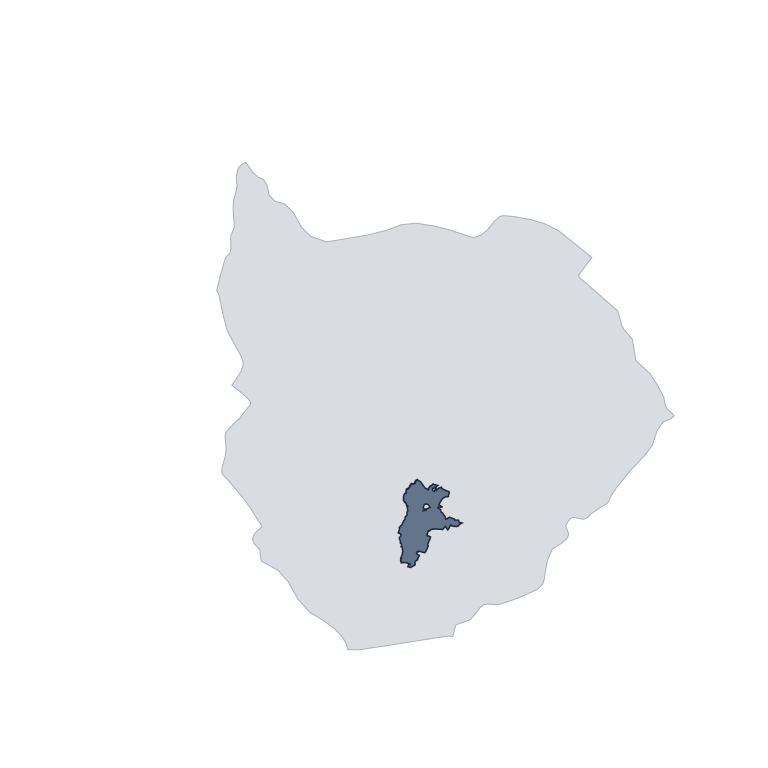 Masvingo, Masvingo, Zimbabwe shown in context, rotated 39°
{"feature_id": "62879985B11590561680965", "entity_name": "Masvingo", "entity_type": "district", "adm_level": 2, "iso_a3": "ZWE", "parent_name": "Zimbabwe", "parent_adm1": "Masvingo", "projection": "mercator", "projection_center": [30.887, -20.31], "detail": "fine", "context": "in_parent", "style": "filled", "palette": "slate", "viewbox_px": 768, "rotation_deg": 39, "n_neighbors": 0, "source": "geoboundaries", "source_scale": "gbopen_adm2", "svg_char_len": 7937}
<svg xmlns="http://www.w3.org/2000/svg" viewBox="0 0 768 768"><g transform="rotate(39 384 384)"><path d="M523.2,613.1L517.4,609.2L509.4,606.6L499.3,605.4L486.2,605.9L470.1,608.1L452.9,605.5L434.4,598.1L419.1,595.4L400.8,598.7L400.0,598.7L396.8,596.2L391.8,590.8L383.5,589.9L381.2,588.6L379.3,586.6L378.1,584.0L377.6,581.2L379.0,572.3L378.2,571.3L376.0,570.2L371.4,569.2L360.5,565.2L346.6,561.3L324.2,557.0L315.5,555.9L313.5,554.6L310.9,551.3L306.6,541.1L302.6,534.4L292.9,524.1L291.4,520.9L291.9,512.7L292.6,506.1L293.6,500.5L293.1,495.2L293.0,488.7L293.3,484.3L292.0,482.4L288.5,481.1L278.5,480.5L266.5,480.8L266.1,474.2L264.9,463.9L262.7,458.0L259.9,455.0L254.4,451.8L243.2,447.4L227.9,440.8L214.8,431.0L199.9,418.8L195.2,416.7L189.7,405.2L181.3,385.7L181.8,379.2L180.6,376.0L172.4,366.4L170.6,361.4L169.1,356.4L156.1,342.4L151.7,336.3L148.4,328.4L145.0,322.2L142.2,319.6L138.5,315.4L135.9,310.5L134.7,306.9L135.7,302.0L137.0,298.7L149.3,302.2L156.1,302.5L161.4,300.8L167.9,303.0L175.7,309.4L184.2,310.6L193.4,306.6L205.8,307.8L221.4,314.1L234.4,315.4L249.8,309.8L263.6,294.3L276.5,279.8L289.3,263.0L297.0,249.5L308.2,238.5L323.0,230.0L338.2,222.9L361.3,214.1L365.9,206.9L367.4,199.0L367.4,188.1L368.6,181.0L371.0,177.8L374.9,175.3L379.8,172.0L395.1,163.7L407.8,158.4L423.3,155.0L440.3,154.9L456.7,154.9L466.0,154.9L466.2,165.4L466.9,177.2L468.7,178.3L481.0,178.6L500.8,179.4L519.9,180.2L532.0,188.8L536.1,190.6L548.8,192.9L564.9,207.2L584.4,208.6L597.7,213.0L609.5,218.0L616.3,223.9L620.7,225.2L626.6,225.6L629.5,226.2L628.9,230.4L624.9,237.6L625.4,248.0L630.9,262.3L631.6,274.8L629.9,296.8L630.0,318.2L630.6,325.8L631.5,330.9L632.6,333.7L632.4,336.8L629.1,345.8L626.5,355.3L626.4,359.1L625.4,361.8L623.5,364.1L615.0,368.5L613.6,371.2L613.6,376.1L614.7,380.3L617.9,381.8L621.7,384.1L623.2,387.2L623.2,390.5L622.0,396.5L618.6,406.5L622.0,418.0L625.8,425.5L631.1,434.2L633.3,439.5L633.1,443.3L632.4,447.1L624.5,462.9L618.8,472.8L611.9,483.3L602.7,490.0L600.3,493.2L599.4,496.8L599.7,504.7L599.3,513.1L591.4,525.9L596.3,536.9L595.2,537.9L592.5,539.5L581.2,551.9L569.8,564.5L561.5,573.7L552.0,584.2L541.3,595.9L532.2,606.0L523.2,613.1Z" fill="#d9dde1" stroke="#a8b0b8" stroke-width="1"/><path d="M532.2,442.8L531.2,443.2L530.3,443.9L529.4,443.9L528.7,443.7L528.4,443.5L528.2,443.4L527.7,442.9L527.1,443.3L524.5,445.3L523.9,444.6L518.7,446.3L518.5,447.1L518.3,447.3L518.3,447.6L518.0,447.9L518.0,448.4L517.8,448.7L517.9,448.8L517.6,449.7L517.6,449.9L517.2,450.3L514.5,448.3L511.9,447.9L511.1,447.4L508.7,447.5L506.8,445.9L503.9,446.4L503.7,446.1L503.9,445.8L503.8,445.1L506.5,443.5L506.3,442.8L502.7,443.4L502.4,442.2L501.9,439.8L502.0,438.2L501.6,437.8L501.7,435.6L502.3,434.5L502.9,432.6L504.4,431.6L504.9,430.9L504.2,430.2L503.6,428.8L503.4,427.7L503.1,427.7L503.0,427.4L502.7,427.3L502.4,427.0L502.1,426.7L500.8,427.3L497.5,428.2L495.4,428.7L495.2,428.7L493.4,428.0L493.3,428.8L493.0,429.4L492.5,429.7L492.4,430.2L491.9,430.7L491.7,433.6L490.0,432.1L490.3,434.3L490.7,435.8L489.1,436.2L488.1,435.4L487.7,434.8L487.9,434.2L487.7,434.0L488.5,433.3L488.7,432.1L489.0,431.6L489.4,431.6L489.4,430.3L489.7,428.9L485.8,430.7L485.5,430.7L485.2,430.7L485.0,430.8L484.9,431.0L484.8,431.5L485.0,432.6L485.0,433.1L484.9,433.3L484.5,433.3L484.4,433.4L484.5,433.8L484.4,434.0L484.2,434.1L484.3,434.3L484.1,434.6L484.3,435.1L484.1,435.3L484.1,435.5L484.2,436.1L484.4,436.1L484.2,436.5L484.1,437.3L484.2,437.6L484.9,437.9L485.1,438.1L485.0,438.3L484.7,438.5L481.3,439.0L474.1,437.0L470.7,437.4L470.1,437.2L470.1,437.6L469.9,437.7L469.7,437.9L469.7,438.0L469.9,438.1L469.8,438.4L470.1,438.8L469.8,439.1L469.4,439.2L469.8,439.7L469.5,440.2L469.8,440.4L470.0,440.3L470.0,440.7L469.8,440.8L469.8,441.0L470.0,440.9L470.4,441.4L470.7,441.3L470.8,441.5L470.5,441.9L470.5,442.1L470.2,442.6L469.9,442.8L469.9,443.4L469.8,443.5L469.7,443.5L469.5,443.3L469.2,443.9L469.0,444.0L468.8,444.0L468.3,443.8L468.2,443.9L468.1,444.2L467.9,444.2L468.0,444.8L467.7,445.4L467.8,445.5L468.4,445.4L468.4,445.5L468.1,447.1L468.3,447.1L468.8,446.8L469.0,447.2L468.4,447.7L468.5,448.3L468.5,448.9L468.9,449.2L468.8,449.6L469.0,449.8L468.8,450.4L468.1,450.3L467.8,450.8L467.7,451.1L467.9,451.3L468.1,451.4L467.7,451.9L468.2,452.7L468.6,452.8L468.6,453.5L469.1,453.6L469.2,454.1L470.0,454.9L470.0,455.0L469.8,455.0L469.1,455.7L469.0,456.2L469.3,456.9L469.2,457.5L469.7,458.3L470.1,459.4L471.2,460.7L472.0,461.1L472.1,461.4L471.9,461.7L472.0,462.0L473.0,462.2L473.3,462.4L473.5,462.7L473.6,462.8L473.9,462.7L474.2,462.8L474.4,462.8L475.2,462.3L475.5,462.6L475.5,462.9L475.6,463.1L476.3,463.0L477.0,463.3L477.8,464.0L478.1,464.3L478.3,464.1L478.5,463.8L478.7,463.6L479.0,463.6L479.6,464.2L479.4,464.9L479.5,465.2L479.8,465.4L480.2,465.5L480.6,465.8L480.9,466.3L481.6,466.9L482.0,467.5L482.3,467.7L482.5,468.0L482.5,469.2L483.5,470.5L484.4,470.9L484.5,471.1L484.5,471.5L484.4,472.1L484.4,472.8L484.1,473.4L484.1,473.9L484.2,474.2L485.4,475.7L485.5,475.9L485.3,476.4L485.7,477.5L485.5,477.8L485.4,478.0L485.8,479.0L485.8,479.3L485.7,479.7L486.2,480.8L486.4,482.1L486.6,482.6L486.6,483.0L486.2,483.6L486.2,483.9L486.2,484.4L486.3,485.1L486.1,485.8L486.3,486.1L487.1,486.7L487.7,487.6L487.8,487.9L488.1,489.1L488.6,490.0L488.7,490.8L489.2,490.8L489.4,490.4L489.8,490.1L490.1,490.1L490.5,490.3L491.2,490.2L492.0,490.6L492.4,490.5L492.5,490.7L492.5,491.1L492.7,491.5L492.6,492.2L492.6,493.1L492.8,494.1L493.7,494.8L494.3,495.1L494.7,495.4L495.4,495.7L495.9,496.0L496.1,496.2L496.3,496.8L496.8,497.4L497.0,497.4L497.6,497.0L497.9,497.1L498.6,497.7L499.3,498.6L499.7,499.8L499.9,499.7L500.2,499.4L500.7,499.5L501.7,500.1L502.6,501.2L503.1,501.3L503.8,502.2L504.1,502.7L504.3,502.9L504.6,503.8L504.8,503.9L505.5,505.1L505.7,505.6L506.0,507.0L506.7,508.8L506.8,508.7L507.1,508.4L507.4,508.5L507.4,509.2L507.2,509.3L507.5,509.7L507.5,510.0L507.8,510.3L508.1,510.9L508.4,511.0L508.6,511.3L508.8,511.5L509.2,511.1L509.3,511.1L509.7,511.0L509.9,511.3L509.8,511.6L510.0,511.8L510.1,512.0L511.3,510.8L513.3,509.1L513.9,508.9L515.9,508.1L516.9,507.5L517.8,507.8L516.7,508.7L517.5,511.0L520.3,509.7L521.6,506.1L522.0,504.9L521.9,504.6L521.4,504.2L520.8,503.7L520.4,503.5L520.1,503.0L520.1,502.5L520.0,502.2L520.2,501.0L520.4,500.6L520.8,499.8L520.7,499.4L520.3,499.6L520.2,499.5L520.2,499.0L520.0,498.7L520.0,498.0L519.9,497.7L520.0,497.2L519.6,495.8L519.6,495.2L519.2,495.0L517.6,495.4L517.0,495.5L516.5,495.3L516.1,495.0L515.6,494.8L515.8,494.1L515.7,493.9L515.3,493.7L515.4,493.4L516.3,492.8L516.3,492.5L516.1,492.2L516.3,492.0L518.3,491.1L519.9,490.4L520.3,490.2L521.4,489.7L521.8,489.4L521.9,489.2L521.9,488.1L521.7,487.0L521.3,485.6L521.0,484.2L520.6,483.4L520.3,482.0L520.1,481.8L519.2,481.6L518.9,481.4L518.6,480.1L518.4,479.9L518.5,479.5L518.3,479.3L517.9,478.1L517.7,477.1L517.3,476.5L517.3,476.2L517.5,476.0L517.5,475.9L517.3,475.5L517.0,475.3L516.9,474.6L516.5,473.5L516.4,473.5L515.8,473.7L514.3,474.1L513.6,474.3L513.5,474.7L513.2,474.6L512.8,474.6L512.4,474.5L512.3,474.3L512.5,474.2L512.4,473.8L512.2,473.6L511.9,472.6L511.5,472.1L511.4,471.6L511.1,471.2L511.3,470.9L511.3,470.7L511.0,470.5L511.2,470.2L511.2,469.8L511.2,469.6L511.3,469.6L511.7,469.6L511.6,469.1L511.8,469.0L511.8,468.9L512.0,468.8L512.0,468.4L511.9,468.1L512.0,467.7L512.5,467.1L512.7,466.8L512.9,466.6L513.3,466.3L513.3,466.0L513.4,465.9L513.6,465.9L513.8,465.5L514.9,464.6L515.2,464.2L515.4,464.2L515.7,463.8L515.8,463.8L517.9,462.5L519.5,461.2L520.5,460.6L520.8,460.3L521.2,460.2L521.2,456.1L525.4,457.3L525.4,455.6L524.6,452.6L524.8,451.4L525.4,451.8L528.3,450.5L528.2,450.0L530.0,449.4L530.3,448.7L530.5,448.3L530.8,448.1L531.3,447.5L530.9,446.1L532.2,442.8ZM494.3,449.9L497.5,450.9L495.6,454.4L495.3,454.7L495.8,455.0L495.8,455.3L496.0,455.3L496.1,455.7L495.9,455.7L494.9,456.7L494.9,457.0L494.3,457.8L493.8,455.8L493.0,456.0L493.6,455.6L492.3,455.6L491.2,452.4L491.5,452.0L491.3,452.0L491.3,451.8L492.0,450.9L492.2,451.1L492.7,450.4L494.3,449.9Z" fill="#64748b" stroke="#1e293b" stroke-width="1.5"/></g></svg>